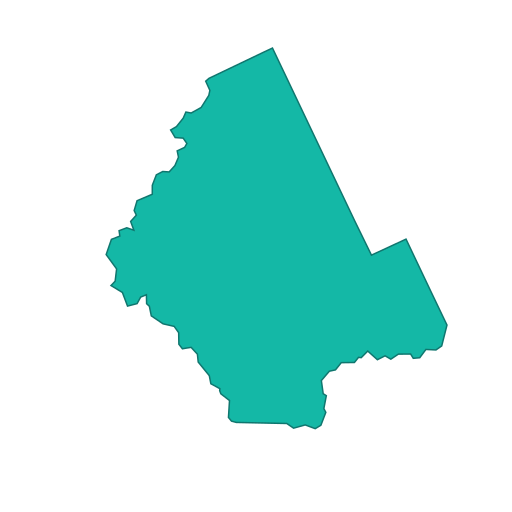 the district of Jefferson, Montana, United States of America, rotated 335°
{"feature_id": "52423323B8727370524595", "entity_name": "Jefferson", "entity_type": "district", "adm_level": 2, "iso_a3": "USA", "parent_name": "United States of America", "parent_adm1": "Montana", "projection": "albers", "projection_center": [-112.213, 46.159], "detail": "fine", "context": "isolated", "style": "filled", "palette": "teal", "viewbox_px": 512, "rotation_deg": 335, "n_neighbors": 0, "source": "geoboundaries", "source_scale": "gbopen_adm2", "svg_char_len": 1313}
<svg xmlns="http://www.w3.org/2000/svg" viewBox="0 0 512 512"><g transform="rotate(335 256 256)"><path d="M358.8,74.5L349.8,74.5L288.5,75.1L284.3,76.3L284.2,86.4L281.1,90.5L269.1,98.2L257.7,99.0L253.3,95.9L248.3,100.3L238.6,105.1L231.9,105.7L232.8,114.5L239.8,118.4L240.9,124.8L237.2,127.4L229.0,127.4L227.5,133.7L220.7,139.8L212.8,143.1L207.2,140.0L200.0,140.3L191.9,148.1L188.1,156.2L171.6,155.6L164.8,163.3L164.8,168.4L157.0,171.7L156.2,181.0L150.8,175.8L142.6,175.2L141.0,180.4L132.0,179.8L120.8,191.4L124.2,208.8L117.7,219.3L112.1,221.5L119.5,232.6L118.4,247.1L128.1,248.9L134.1,244.5L140.3,244.8L136.7,253.0L138.1,256.5L135.8,266.0L143.1,278.2L152.1,285.2L153.5,292.8L148.8,303.4L150.1,309.0L154.2,310.1L158.6,311.4L161.4,320.2L158.8,327.7L163.1,344.7L161.1,352.7L167.2,361.0L166.2,362.6L165.9,366.0L170.9,375.8L162.8,390.7L164.0,395.3L167.8,398.5L213.1,420.8L217.3,427.9L229.2,429.9L236.7,437.5L243.3,436.8L253.2,427.2L253.0,423.0L260.7,412.3L258.7,409.2L262.6,396.5L273.8,391.4L279.9,392.8L288.2,388.7L300.2,394.1L306.1,391.2L308.4,392.6L317.1,389.4L322.2,401.3L330.8,401.0L334.6,406.5L343.6,405.1L354.7,410.2L355.3,415.2L361.4,417.4L370.5,412.5L379.4,417.2L386.3,416.0L399.9,399.3L399.5,361.2L399.1,304.1L361.0,304.0L360.3,265.9L358.8,74.5Z" fill="#14b8a6" stroke="#0f766e" stroke-width="1.5"/></g></svg>